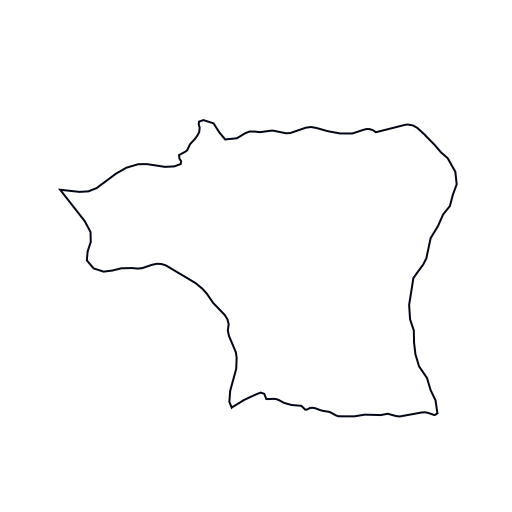 the Region of Arica y Parinacota, rotated 279°
{"feature_id": "CHL-2694", "entity_name": "Arica y Parinacota", "entity_type": "Region", "adm_level": 1, "iso_a3": "CHL", "parent_name": "Chile", "parent_adm1": "", "projection": "robinson", "projection_center": [-69.675, -18.339], "detail": "fine", "context": "isolated", "style": "outline", "palette": "ink", "viewbox_px": 512, "rotation_deg": 279, "n_neighbors": 0, "source": "natural_earth", "source_scale": "10m", "svg_char_len": 1991}
<svg xmlns="http://www.w3.org/2000/svg" viewBox="0 0 512 512"><g transform="rotate(279 256 256)"><path d="M290.8,52.2L291.7,71.5L293.6,80.3L298.1,87.9L315.4,104.8L322.9,114.1L328.3,125.5L329.7,134.2L329.8,152.2L331.7,161.2L335.0,167.2L337.7,167.3L340.3,165.1L343.6,164.2L347.9,169.8L349.4,171.3L350.9,171.9L356.0,173.3L362.4,177.6L365.9,179.3L369.5,180.5L373.9,180.3L377.3,178.8L379.8,178.7L381.9,182.6L382.0,182.8L380.4,193.3L372.6,200.2L366.3,207.3L369.3,218.7L375.8,226.4L378.0,230.4L378.8,236.1L378.8,238.6L379.0,240.8L382.1,251.1L382.5,253.3L381.9,266.6L382.8,270.6L390.5,285.1L392.0,290.1L391.9,295.7L390.5,307.4L390.2,320.0L392.1,332.0L397.1,341.8L398.6,345.0L399.1,348.3L398.6,351.6L397.1,354.9L397.0,355.1L397.1,355.3L408.9,382.8L409.6,385.3L409.5,390.7L407.8,395.2L401.5,404.7L401.3,404.7L393.8,414.9L387.3,422.5L382.6,430.0L370.4,439.7L358.2,443.0L346.9,440.8L335.7,439.7L326.3,434.3L314.1,431.1L301.0,425.7L280.3,424.6L273.8,422.5L265.3,418.1L258.8,414.9L247.5,414.9L231.6,414.9L217.5,418.1L207.2,423.5L195.0,425.7L183.7,428.9L172.5,434.3L162.2,444.0L150.9,449.4L141.5,455.9L129.2,459.7L129.1,459.8L127.6,458.4L126.8,457.1L128.0,450.4L128.1,447.8L127.5,444.5L120.0,423.1L119.8,419.5L120.8,410.8L118.4,404.1L116.3,388.2L113.1,378.5L111.4,368.1L110.6,362.3L111.1,359.8L113.5,353.2L113.5,346.4L113.8,343.5L114.9,338.4L114.9,335.4L114.3,333.1L112.4,330.5L111.9,328.8L115.1,324.2L114.4,314.5L115.3,306.7L117.2,301.3L117.8,298.7L117.7,295.9L116.6,290.5L116.4,288.5L121.2,285.7L121.8,282.0L119.7,278.3L117.1,274.3L112.0,266.8L107.7,261.8L102.9,256.1L102.4,255.7L107.8,252.5L118.8,251.6L141.5,254.1L152.6,252.8L157.9,251.1L173.0,241.7L178.1,239.8L184.3,239.7L189.0,237.7L192.8,234.4L202.9,221.1L211.3,213.1L215.1,208.4L219.7,200.7L232.6,168.5L233.3,163.9L232.8,159.3L231.0,154.6L226.3,145.7L225.1,141.5L224.7,135.3L222.8,125.0L219.2,116.5L216.7,107.9L218.4,97.5L225.2,89.6L234.2,89.0L244.1,90.6L253.8,88.8L263.5,81.5L290.8,52.2Z" fill="none" stroke="#020617" stroke-width="2"/></g></svg>